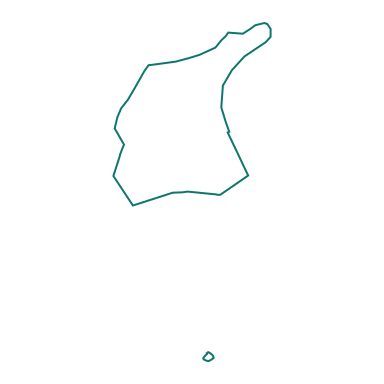 the district of Olorunsogo, Oyo, Nigeria
{"feature_id": "59680162B59717618896779", "entity_name": "Olorunsogo", "entity_type": "district", "adm_level": 2, "iso_a3": "NGA", "parent_name": "Nigeria", "parent_adm1": "Oyo", "projection": "albers", "projection_center": [4.137, 8.508], "detail": "fine", "context": "isolated", "style": "outline", "palette": "teal", "viewbox_px": 384, "rotation_deg": 0, "n_neighbors": 0, "source": "geoboundaries", "source_scale": "gbopen_adm2", "svg_char_len": 1348}
<svg xmlns="http://www.w3.org/2000/svg" viewBox="0 0 384 384"><path d="M228.2,32.6L225.8,36.1L221.4,40.2L215.4,47.6L199.6,54.8L188.6,58.2L175.8,61.6L156.0,64.3L148.6,65.2L147.3,67.0L144.6,70.7L140.9,77.2L135.2,87.3L127.8,99.9L121.1,108.4L117.4,117.2L114.7,128.4L124.0,144.6L122.2,148.9L120.1,154.5L119.6,156.7L113.5,175.6L113.4,176.0L132.9,205.5L172.7,192.7L182.7,192.3L187.6,191.6L216.1,194.4L218.0,194.9L220.4,194.7L248.2,175.5L245.0,168.9L235.5,148.8L227.7,132.5L229.2,131.8L228.1,128.6L226.6,124.5L225.0,119.6L221.3,107.4L221.6,103.1L222.9,85.6L231.8,70.3L244.4,56.5L256.3,48.5L265.8,42.1L270.6,36.8L270.6,28.9L268.6,25.9L267.4,24.1L264.3,23.0L255.4,25.2L249.6,29.4L242.8,33.7L228.2,32.6ZM203.8,359.4L204.2,359.5L204.7,359.9L205.8,360.3L206.3,360.7L207.4,360.9L207.7,360.9L208.7,361.0L210.8,360.0L212.4,358.9L213.7,357.8L213.4,357.3L213.3,356.9L213.2,356.3L212.8,355.5L212.2,354.9L211.4,354.1L210.8,353.7L210.2,353.2L209.8,353.0L209.5,352.7L209.4,352.6L209.2,352.6L208.9,352.5L208.5,352.4L208.2,352.3L208.1,352.2L207.9,352.3L207.7,352.5L207.5,352.8L207.4,353.0L207.1,353.3L206.9,353.3L207.0,353.6L207.1,353.8L206.9,354.0L206.7,354.2L206.6,354.4L206.5,354.6L206.3,354.7L206.1,354.9L205.9,355.0L205.6,355.3L204.8,356.1L204.5,356.5L204.1,357.1L203.4,357.9L203.4,358.0L203.3,358.7L203.8,359.4Z" fill="none" stroke="#0f766e" stroke-width="2"/></svg>